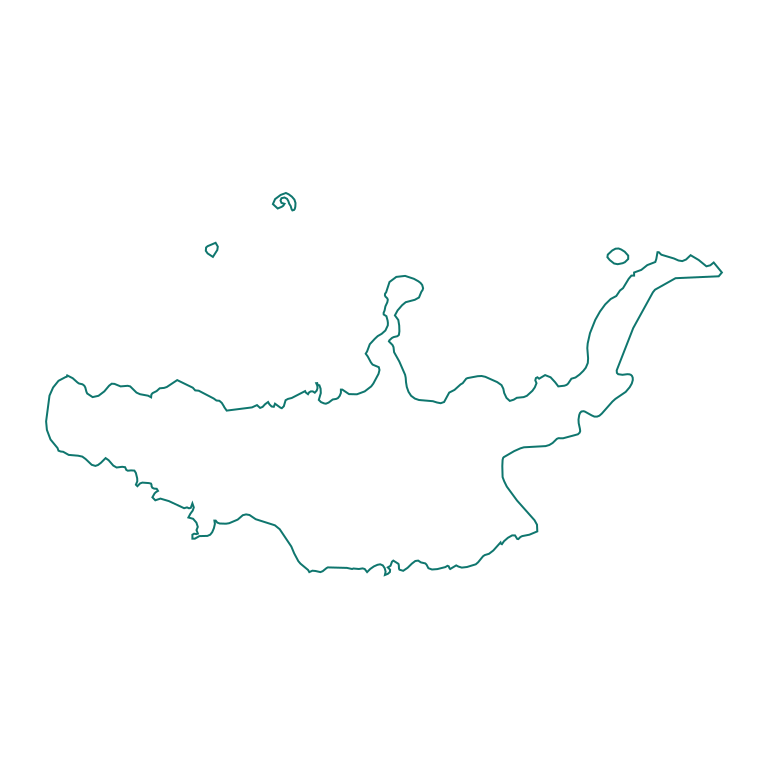 West New Britain, Robinson projection
{"feature_id": "PNG-1257", "entity_name": "West New Britain", "entity_type": "Province", "adm_level": 1, "iso_a3": "PNG", "parent_name": "Papua New Guinea", "parent_adm1": "", "projection": "robinson", "projection_center": [149.97, -5.482], "detail": "fine", "context": "isolated", "style": "outline", "palette": "teal", "viewbox_px": 768, "rotation_deg": 0, "n_neighbors": 0, "source": "natural_earth", "source_scale": "10m", "svg_char_len": 6100}
<svg xmlns="http://www.w3.org/2000/svg" viewBox="0 0 768 768"><path d="M537.3,531.4L529.4,534.7L522.2,536.1L520.4,537.0L518.3,539.1L517.2,538.9L515.0,535.4L512.1,535.4L507.9,537.8L504.0,541.2L501.9,544.2L500.8,543.6L500.5,542.5L493.3,550.5L489.0,553.8L484.7,555.1L483.0,556.3L478.1,562.3L475.8,564.3L467.0,567.0L461.8,567.6L458.5,566.6L456.2,565.4L450.2,569.0L449.6,568.4L448.7,566.3L447.5,565.8L445.3,567.1L437.3,569.1L432.0,569.5L428.4,568.2L426.5,564.6L425.3,563.4L420.9,562.4L418.2,560.6L415.3,561.0L411.9,563.6L407.6,567.8L403.2,570.8L399.5,569.7L399.0,568.7L398.8,565.1L398.4,563.8L393.3,560.6L392.0,561.7L390.5,565.8L387.8,567.4L390.1,569.7L389.9,572.0L387.9,573.8L384.9,575.0L385.6,571.7L384.7,568.2L382.8,565.4L380.2,564.3L377.5,564.8L373.9,566.4L370.3,568.9L367.1,572.1L364.7,569.0L362.6,568.4L358.9,569.0L353.4,568.5L352.1,569.0L346.9,567.9L327.8,567.4L326.5,568.1L322.7,571.2L320.4,572.1L315.5,571.0L312.4,570.7L309.3,572.1L308.1,570.0L300.4,563.6L298.3,561.1L294.2,553.4L291.3,546.5L279.7,529.2L274.9,525.3L255.7,519.2L249.5,515.0L246.1,514.4L242.8,515.2L237.7,519.6L229.2,523.2L226.0,523.7L219.7,523.5L217.3,522.6L215.7,520.6L214.4,520.6L214.9,523.9L213.9,528.2L212.2,532.2L210.2,534.7L207.4,535.9L199.4,536.1L194.8,538.7L192.4,538.7L192.4,534.7L194.1,533.7L196.5,534.1L197.9,533.6L196.5,530.1L197.8,526.9L196.4,522.6L193.1,518.8L188.4,517.5L190.4,513.7L192.7,510.6L193.8,507.4L192.4,503.4L190.8,507.8L189.0,508.3L187.0,507.4L184.1,508.2L168.9,501.1L160.4,498.6L155.3,500.3L152.4,497.3L154.6,493.4L156.1,492.0L158.0,490.9L156.7,488.8L154.1,488.6L152.4,487.8L151.6,486.4L151.5,484.8L151.0,483.6L149.0,483.1L142.4,482.6L140.1,483.4L137.4,486.2L135.9,484.7L137.3,481.3L137.2,478.4L135.9,473.0L134.4,470.6L131.1,470.4L127.8,470.7L126.3,469.9L125.1,467.2L122.2,466.8L116.6,467.5L113.3,465.6L108.6,460.2L105.6,458.1L100.9,462.8L98.0,465.0L95.4,465.9L91.7,464.8L85.6,459.0L82.3,456.6L78.1,455.7L68.7,454.9L63.2,451.8L60.7,451.5L58.5,450.7L57.5,448.0L50.5,439.5L46.9,429.9L46.1,421.4L49.5,395.6L53.1,387.5L58.5,380.8L65.7,377.0L66.7,376.8L67.2,375.4L72.7,378.2L77.5,382.5L79.0,383.5L82.5,384.3L84.3,385.7L85.3,387.5L86.4,391.7L87.2,393.5L92.6,397.1L98.5,395.8L104.3,391.4L109.1,385.7L111.7,383.7L114.5,383.9L120.6,386.4L127.7,385.8L130.2,386.4L136.5,392.6L140.0,394.2L148.1,395.7L151.1,397.3L151.4,394.5L152.6,393.1L156.6,391.1L159.7,388.3L164.1,387.9L166.8,387.0L177.2,380.1L192.8,387.7L195.2,390.4L198.7,390.7L213.7,398.5L216.4,400.5L219.4,400.8L221.8,402.9L224.3,407.0L224.0,406.8L226.7,410.6L252.0,407.4L257.0,405.1L260.1,407.9L262.6,406.9L265.1,404.2L268.1,402.0L269.4,404.3L271.6,406.5L273.8,406.8L275.0,403.7L280.5,407.7L281.8,408.2L283.8,406.3L285.6,400.2L288.0,398.9L291.7,398.0L305.1,391.1L305.7,392.4L308.0,394.2L309.1,392.4L310.8,391.4L312.8,391.4L314.8,392.7L316.7,390.6L317.5,388.2L317.3,385.7L316.2,383.2L317.2,383.1L317.6,384.9L319.4,385.3L320.6,388.7L320.8,393.1L318.8,399.9L321.0,402.1L324.1,403.4L325.9,403.7L328.6,402.6L332.7,399.5L336.2,398.9L337.9,398.1L339.7,395.9L340.9,392.9L340.9,389.6L342.3,389.6L349.0,394.1L356.9,394.3L364.7,391.4L371.2,386.4L373.3,383.6L378.5,373.9L379.5,370.0L378.8,367.2L372.6,364.6L370.9,362.4L367.7,356.4L365.7,353.7L367.1,351.4L369.8,344.2L374.8,338.8L377.7,336.1L381.7,333.8L385.4,330.5L387.8,325.4L387.9,322.9L387.6,320.6L386.4,316.2L383.7,314.5L383.6,312.9L384.6,310.4L385.4,306.4L387.3,302.3L387.8,299.8L387.3,298.4L385.4,296.5L384.9,295.2L385.1,293.6L386.1,292.4L389.5,282.0L396.3,276.9L405.1,275.9L413.9,278.8L418.4,281.3L420.6,283.0L422.2,285.0L423.1,288.3L422.5,290.2L421.4,291.7L419.0,297.5L414.8,299.8L405.7,302.2L402.1,305.2L397.6,310.4L394.9,315.4L398.3,320.0L399.2,325.5L399.4,331.3L398.9,334.9L397.4,336.2L393.6,337.1L391.9,338.0L389.4,340.3L388.9,341.4L392.5,345.0L393.5,347.1L394.1,352.2L399.3,361.5L405.1,374.8L405.7,377.8L406.0,382.1L406.8,387.0L408.5,391.8L411.1,395.8L414.9,398.6L419.0,400.0L432.9,401.2L437.0,402.5L440.7,403.2L444.1,402.0L449.2,392.6L454.5,389.9L460.6,384.4L462.7,383.2L466.2,378.7L467.5,378.1L477.7,376.2L481.6,376.0L485.3,376.8L497.2,382.1L501.5,385.1L503.3,388.7L504.2,393.0L506.5,397.9L509.8,400.9L513.7,399.7L516.8,397.8L523.7,397.1L526.9,395.8L532.4,390.8L534.8,387.4L536.5,383.2L535.3,380.3L535.9,378.1L537.4,377.3L539.1,378.7L545.1,375.1L550.6,377.3L555.1,382.2L558.3,386.4L564.4,385.7L566.6,384.9L568.1,383.6L571.4,378.7L575.5,377.5L579.6,374.5L583.3,370.9L585.8,367.7L587.8,363.0L588.1,358.3L587.3,348.1L587.7,343.4L590.0,333.1L595.3,319.8L600.0,311.5L605.2,304.4L610.7,299.0L616.3,296.0L620.0,290.5L623.0,288.2L628.7,278.8L631.4,275.6L634.1,275.6L634.1,272.5L641.3,269.9L647.3,265.1L655.3,262.0L656.3,259.0L657.5,252.2L658.8,252.2L661.3,254.7L674.0,258.5L678.5,260.5L682.3,261.1L686.1,259.5L690.6,255.2L698.7,260.0L706.4,266.3L710.3,265.3L713.7,262.5L721.9,272.5L718.7,276.3L675.5,278.2L655.0,289.7L652.9,292.3L633.2,328.1L616.7,370.4L616.9,372.9L618.2,374.2L622.5,374.8L627.2,374.2L629.3,374.3L630.8,374.8L631.9,375.8L632.7,377.6L632.8,380.0L631.8,383.5L629.7,387.2L625.7,391.9L615.4,398.9L612.4,401.6L601.8,413.6L599.4,415.7L597.1,416.6L594.4,416.6L591.7,415.4L584.9,411.6L583.6,411.2L581.4,411.5L580.0,413.0L579.2,415.1L578.5,419.6L578.7,423.2L579.9,428.7L580.2,431.1L579.6,432.7L577.9,434.3L563.0,438.3L558.4,438.2L556.8,438.9L552.6,443.0L549.3,445.0L545.6,446.1L523.9,447.3L520.5,448.3L514.2,451.1L503.7,457.2L503.1,458.0L502.6,459.9L502.3,466.1L502.6,477.1L504.2,481.3L506.8,486.6L517.0,500.5L534.5,520.2L537.0,524.7L537.3,531.4ZM621.2,249.5L624.7,251.7L628.2,255.6L628.2,259.0L624.9,262.2L622.7,263.2L617.7,264.2L614.1,263.5L609.8,260.1L607.4,257.2L607.8,254.6L612.2,250.5L615.5,248.7L618.6,248.5L621.2,249.5ZM285.9,193.0L288.7,194.3L291.9,196.7L294.4,199.6L295.5,203.0L295.3,206.8L294.8,208.8L294.1,209.9L292.4,210.4L291.6,209.2L290.7,206.1L289.2,203.7L288.3,201.0L287.0,198.8L284.5,197.5L281.5,198.2L280.5,200.5L281.5,202.9L284.5,203.8L283.3,205.7L281.7,206.8L277.7,208.5L272.9,204.1L275.1,199.1L280.7,194.9L285.9,193.0ZM206.1,247.5L207.6,246.2L215.6,242.8L217.8,246.6L217.3,250.0L212.9,256.9L207.6,253.4L205.8,250.8L206.1,247.5Z" fill="none" stroke="#0f766e" stroke-width="2"/></svg>